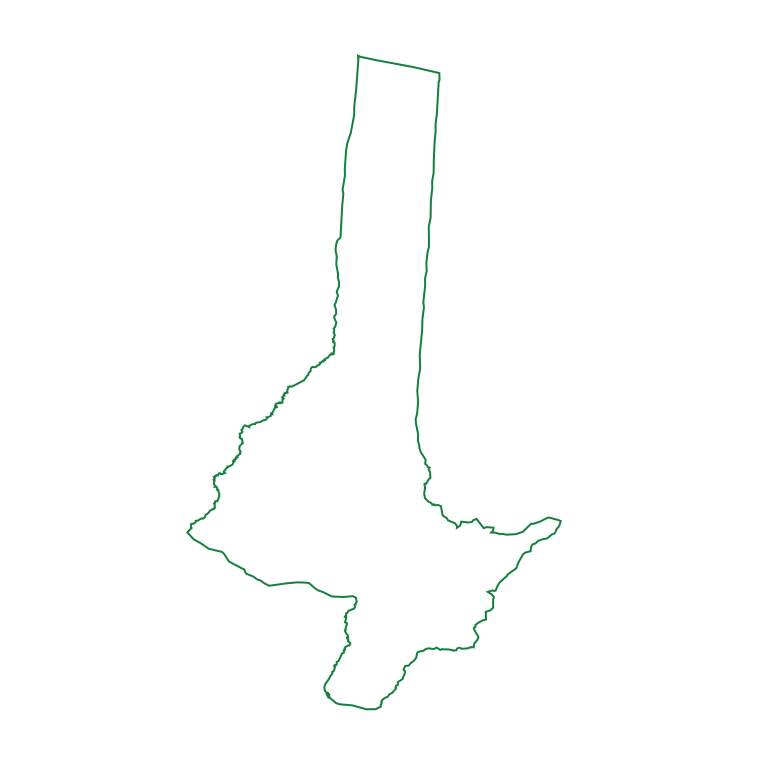 the district of Bariadi, Simiyu, United Republic of Tanzania, rotated 274°
{"feature_id": "72390352B92057106188413", "entity_name": "Bariadi", "entity_type": "district", "adm_level": 2, "iso_a3": "TZA", "parent_name": "United Republic of Tanzania", "parent_adm1": "Simiyu", "projection": "natural_earth1", "projection_center": [34.103, -2.601], "detail": "fine", "context": "isolated", "style": "outline", "palette": "green", "viewbox_px": 768, "rotation_deg": 274, "n_neighbors": 0, "source": "geoboundaries", "source_scale": "gbopen_adm2", "svg_char_len": 6121}
<svg xmlns="http://www.w3.org/2000/svg" viewBox="0 0 768 768"><g transform="rotate(274 384 384)"><path d="M707.3,335.5L707.6,335.8L676.0,335.7L658.6,335.0L650.4,335.5L632.0,333.3L621.5,330.6L614.6,329.9L596.0,329.9L589.0,330.5L574.7,329.1L571.2,330.2L559.5,329.9L527.2,330.4L523.7,327.3L519.5,326.5L514.1,326.3L507.9,328.0L500.4,328.0L489.9,330.6L487.0,330.5L482.7,332.0L478.6,332.4L473.0,330.4L468.8,331.9L461.5,330.1L459.2,329.1L454.7,331.0L451.3,331.4L449.5,330.8L448.1,329.6L446.4,329.8L441.9,332.2L437.6,331.3L435.9,329.9L434.8,330.5L432.4,330.6L431.7,330.1L429.3,331.6L426.0,330.5L425.5,329.7L423.7,330.8L422.9,330.1L422.1,330.5L421.8,331.8L420.3,332.0L418.0,332.0L417.1,331.1L415.4,331.9L410.4,331.7L409.9,330.2L410.9,329.7L408.9,327.7L406.5,326.2L404.5,323.0L403.6,323.4L403.0,321.6L402.3,321.8L401.8,320.2L400.9,319.9L400.7,318.5L399.1,318.6L397.4,315.8L396.3,315.0L395.9,314.4L396.1,311.6L395.5,310.7L393.7,309.8L391.8,309.9L389.8,308.1L387.7,307.8L386.9,306.8L382.1,303.9L374.9,292.2L375.2,290.5L374.3,288.6L373.0,288.8L371.8,288.1L369.9,288.0L368.6,288.4L368.3,287.5L368.9,287.4L368.8,287.0L367.8,285.4L367.2,285.1L365.9,285.5L366.0,284.6L364.8,284.7L363.7,283.4L362.7,284.7L362.2,284.0L361.7,284.4L361.1,283.8L358.4,284.0L357.7,282.5L358.5,281.5L358.1,280.7L357.5,280.7L357.4,279.2L356.5,277.4L354.9,277.0L354.4,278.1L353.9,277.4L353.3,278.3L352.7,276.9L347.5,274.7L346.9,273.5L345.9,274.4L345.8,273.6L344.1,273.2L343.1,270.9L342.2,270.1L342.4,269.5L341.6,269.8L340.0,268.6L339.3,266.1L337.4,263.2L336.4,258.9L334.9,258.2L335.2,256.9L334.6,256.1L334.2,254.3L332.7,252.3L331.6,252.6L333.1,248.1L330.9,246.4L329.4,246.1L328.3,244.9L326.4,246.1L325.1,245.1L324.4,243.5L321.4,244.2L320.8,243.6L319.5,244.7L319.5,246.0L316.4,247.0L315.6,246.7L315.2,247.2L312.6,244.7L310.5,244.1L308.3,244.3L306.7,245.7L305.5,245.1L304.5,245.5L301.9,242.6L301.0,242.9L301.0,242.1L300.5,242.2L300.2,241.5L299.4,241.9L299.0,240.9L298.2,241.0L297.7,239.7L296.8,240.1L297.0,239.1L296.5,238.8L296.2,239.6L293.0,238.4L290.6,234.7L290.8,233.8L290.1,233.8L288.2,231.9L287.1,231.7L285.9,230.4L285.2,230.3L284.1,231.5L282.9,228.9L282.8,227.2L283.6,226.5L283.2,225.4L281.2,224.8L281.4,223.4L280.7,222.3L280.7,223.0L279.9,222.1L278.5,221.7L278.4,221.0L276.6,221.7L276.4,220.8L274.8,221.6L273.0,221.1L271.2,222.0L270.4,223.0L269.7,222.6L270.0,223.8L268.1,225.1L266.9,224.7L266.6,226.2L265.5,226.1L263.5,227.3L260.4,227.5L256.8,226.5L255.3,225.7L255.5,224.6L254.8,223.6L253.5,223.7L252.9,222.8L251.7,223.6L248.7,223.9L248.5,223.3L247.3,223.0L247.3,222.2L245.4,219.0L244.1,218.6L241.9,216.6L241.2,215.2L238.9,214.8L237.0,212.9L237.3,211.5L234.7,207.7L234.4,205.8L232.9,205.6L231.2,203.5L231.3,202.3L230.7,201.3L227.7,201.5L227.0,202.1L222.3,198.1L215.9,204.8L212.0,213.0L207.5,220.5L205.2,234.0L203.4,236.3L196.3,241.6L195.7,242.5L189.1,257.6L186.6,258.7L185.1,260.0L182.9,266.9L180.3,271.0L179.3,274.7L177.0,278.3L174.7,283.5L178.3,300.5L180.1,311.3L180.4,320.1L180.1,323.2L175.2,329.6L173.4,333.1L172.1,337.9L168.4,346.8L168.7,358.5L170.2,367.7L168.8,370.9L164.8,372.0L163.3,371.0L162.4,371.3L161.4,370.1L159.5,370.6L157.9,369.8L155.3,364.4L153.0,363.3L152.6,362.3L149.8,362.4L149.6,361.4L148.9,361.1L148.2,362.7L143.6,361.7L142.8,363.7L142.0,363.8L137.2,362.6L136.1,363.1L135.3,362.1L132.2,363.9L131.2,365.2L128.9,365.9L128.5,364.8L127.9,364.8L128.0,365.3L126.1,366.4L124.8,366.1L123.3,368.4L122.3,368.5L120.6,367.6L120.7,366.6L119.0,363.9L118.3,363.9L117.6,363.1L116.4,363.7L115.5,362.4L114.1,363.0L113.0,362.4L112.2,360.9L104.5,358.0L103.4,356.2L100.6,356.3L100.1,354.3L99.2,353.9L98.3,354.9L94.3,353.9L93.1,352.4L91.6,352.8L88.9,350.8L85.8,349.6L80.3,346.2L77.4,345.7L74.3,346.2L72.3,348.0L72.0,349.5L70.7,350.7L70.4,348.6L69.1,349.4L69.5,350.7L68.3,351.3L67.4,350.5L66.7,352.5L62.3,358.4L61.4,362.4L61.2,374.8L58.3,389.0L59.0,398.2L61.9,403.3L63.8,403.1L65.0,404.0L66.2,403.5L67.0,404.0L67.9,403.7L71.0,406.8L72.2,409.5L74.6,410.9L76.6,413.8L80.9,417.1L81.5,417.2L82.0,416.6L83.8,417.1L84.9,418.8L87.5,418.6L91.2,423.3L93.0,423.4L95.3,424.6L97.7,425.0L99.3,424.8L100.0,423.5L100.5,423.4L104.2,424.8L104.8,428.2L107.4,430.1L109.7,432.9L113.3,435.3L117.8,435.8L119.2,436.9L120.7,442.1L122.1,443.5L123.4,446.4L123.1,451.7L123.9,453.8L124.8,454.8L122.8,458.4L122.8,459.3L123.5,460.1L123.7,467.3L123.4,470.3L122.7,471.8L123.3,473.1L123.3,474.6L125.0,475.3L126.0,476.8L126.1,478.6L125.3,479.7L126.1,485.9L126.9,487.3L127.2,489.1L127.9,489.6L127.5,491.8L131.5,492.2L135.3,495.0L138.1,495.9L145.2,491.2L147.0,490.7L148.2,492.2L150.2,492.1L152.8,495.3L155.3,499.4L156.2,502.2L163.8,501.4L165.7,506.0L168.5,508.5L176.2,507.9L179.2,508.5L181.7,506.1L183.8,502.1L185.6,506.2L185.3,508.5L185.7,509.8L189.7,511.0L194.0,513.1L200.8,519.7L202.8,520.9L209.4,528.8L215.2,530.5L223.7,534.5L225.8,536.9L227.4,541.9L232.2,542.2L234.2,543.3L235.6,546.3L238.1,548.5L240.1,552.8L241.4,557.6L245.5,561.8L246.6,564.2L248.1,565.3L250.7,566.0L254.8,568.8L259.5,569.9L260.4,567.7L262.2,558.3L262.0,556.5L257.9,549.7L255.1,543.3L254.9,540.5L246.1,532.7L243.4,525.9L242.2,516.5L242.8,512.5L242.3,510.5L243.5,505.1L243.3,501.4L245.5,503.1L248.3,503.3L248.4,496.5L247.2,493.5L255.9,485.7L254.3,482.5L252.5,481.3L251.7,477.6L252.1,470.8L248.0,469.8L245.6,466.7L247.4,466.7L250.0,464.7L252.4,457.4L254.6,456.0L256.3,452.6L257.4,451.5L266.2,449.3L267.1,446.1L266.6,444.0L266.9,441.3L267.3,441.7L267.3,440.8L269.0,438.6L269.7,436.6L272.9,432.9L277.4,431.7L283.2,432.2L287.0,431.3L287.8,432.6L287.5,433.0L292.2,435.3L293.5,436.8L299.4,436.1L301.6,434.5L303.7,435.4L304.2,433.5L305.9,432.5L307.2,430.6L311.4,430.8L318.4,425.6L322.9,423.6L324.0,423.8L329.9,421.8L336.1,421.6L347.5,418.5L351.2,418.1L356.6,419.1L368.5,419.3L379.2,417.7L391.9,417.9L402.2,419.0L415.8,417.6L439.9,418.3L451.4,417.8L463.4,418.5L468.4,417.5L484.7,418.2L492.2,417.6L499.5,418.7L507.7,417.8L518.7,418.3L524.2,419.3L544.3,417.7L553.0,418.9L569.8,418.0L582.8,418.5L589.7,417.9L598.3,418.8L610.1,418.1L630.1,417.6L638.7,417.9L647.9,417.3L655.9,417.9L688.8,417.5L691.4,418.2L698.0,417.5L702.2,391.1L706.3,355.2L708.7,338.0L709.7,335.2L707.3,335.5Z" fill="none" stroke="#15803d" stroke-width="2"/></g></svg>